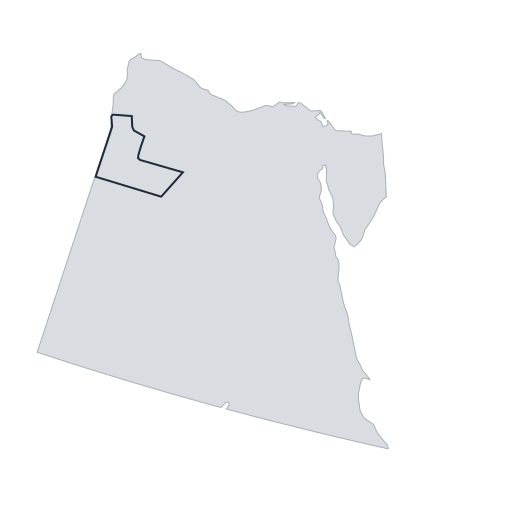 Siwa, Matruh, Egypt shown in context, rotated 18°
{"feature_id": "37247803B75450946768070", "entity_name": "Siwa", "entity_type": "district", "adm_level": 2, "iso_a3": "EGY", "parent_name": "Egypt", "parent_adm1": "Matruh", "projection": "albers", "projection_center": [25.471, 28.699], "detail": "fine", "context": "in_parent", "style": "outline", "palette": "slate", "viewbox_px": 512, "rotation_deg": 18, "n_neighbors": 0, "source": "geoboundaries", "source_scale": "gbopen_adm2", "svg_char_len": 3555}
<svg xmlns="http://www.w3.org/2000/svg" viewBox="0 0 512 512"><g transform="rotate(18 256 256)"><path d="M441.1,398.5L431.1,399.5L421.1,400.4L411.1,401.3L401.1,402.1L391.1,403.0L381.1,403.8L371.1,404.6L361.1,405.3L351.1,406.0L341.0,406.7L331.0,407.4L321.0,408.1L311.0,408.7L300.9,409.3L290.9,409.8L280.9,410.4L275.1,410.6L276.0,407.7L276.5,405.6L275.7,404.2L273.8,404.0L272.5,404.5L269.8,410.7L268.3,411.0L264.7,411.2L253.0,411.7L241.3,412.2L229.6,412.7L217.9,413.1L206.3,413.5L194.6,413.8L182.9,414.1L171.2,414.4L159.5,414.6L147.8,414.8L136.1,415.0L124.4,415.1L112.7,415.2L101.0,415.2L89.3,415.2L77.6,415.2L77.6,407.9L77.7,400.5L77.7,393.2L77.7,385.9L77.8,378.5L77.8,371.2L77.8,363.9L77.9,356.5L77.9,349.2L77.9,341.8L77.9,334.5L78.0,327.1L78.0,319.8L78.0,312.4L78.1,305.1L78.1,297.7L78.1,290.4L78.2,283.0L78.2,275.6L78.2,268.3L78.2,260.9L78.3,253.5L78.3,246.2L78.3,238.8L78.4,231.4L78.4,224.1L78.4,216.7L78.5,209.3L78.5,202.0L78.5,194.6L78.5,187.2L78.6,179.9L78.3,178.5L76.8,173.5L75.4,167.1L73.8,159.3L73.6,156.7L71.1,148.7L70.9,146.4L71.5,144.8L75.8,138.0L77.1,134.7L78.2,130.8L78.6,127.6L77.4,122.6L75.9,118.2L75.5,113.7L75.3,109.2L77.5,106.2L80.1,103.4L81.1,101.6L82.6,99.7L83.7,98.8L85.8,102.8L90.1,103.4L104.4,99.9L120.3,103.4L129.0,104.6L142.5,107.5L150.7,112.8L153.0,113.4L158.9,113.2L162.8,116.3L178.3,117.5L186.6,120.8L191.3,123.5L194.1,124.3L196.6,124.1L199.9,122.9L204.1,120.8L208.6,117.9L217.8,110.5L221.1,109.1L223.3,109.3L226.0,109.1L227.0,107.2L228.4,105.8L229.2,104.3L230.6,102.4L235.5,101.7L245.2,98.2L244.2,99.7L235.3,103.5L239.2,103.8L243.1,102.5L247.5,101.5L248.3,100.0L248.7,97.2L249.6,96.8L252.7,97.2L262.2,100.9L264.5,100.9L270.9,98.2L272.2,97.7L274.4,98.9L279.5,103.9L277.8,103.8L272.4,99.6L272.1,101.9L269.4,106.0L273.1,107.5L276.1,108.0L277.9,110.1L279.0,112.0L281.9,111.0L283.8,108.2L282.7,106.8L281.8,105.3L282.8,105.2L284.9,106.3L291.1,111.1L293.1,112.0L295.4,111.7L300.1,110.0L301.4,110.1L307.7,107.8L308.5,109.2L309.7,110.5L314.7,108.6L322.8,108.1L329.3,106.0L336.7,101.4L337.3,100.7L337.7,101.7L338.9,104.4L341.7,111.2L344.2,116.5L347.2,123.9L348.2,126.7L348.7,128.7L353.0,136.7L355.7,143.4L357.7,148.9L360.6,156.8L361.8,159.6L360.3,161.2L357.5,166.7L355.4,183.7L351.5,197.2L351.6,205.5L351.0,208.5L349.0,212.8L346.4,217.1L341.2,215.4L332.5,208.8L327.2,202.3L321.8,198.3L316.6,192.7L315.0,188.6L314.8,186.0L312.3,179.5L310.6,176.5L304.2,169.9L302.3,166.3L300.9,164.7L299.5,162.5L296.9,153.5L294.2,147.9L291.7,149.7L292.3,152.1L290.2,155.5L289.0,159.5L290.3,162.6L295.3,167.2L296.4,169.2L297.8,173.7L298.0,180.0L298.9,182.0L302.8,186.4L304.3,189.1L305.2,191.4L306.5,193.5L310.3,197.3L316.0,204.6L321.3,209.4L325.0,211.7L326.6,214.1L327.4,220.5L327.4,223.6L330.9,229.2L332.2,232.0L335.4,234.2L337.0,236.8L338.6,241.2L341.5,254.1L344.4,257.2L353.8,273.8L361.6,284.1L365.6,292.0L371.5,301.5L383.4,322.4L390.0,328.6L392.7,332.1L397.4,334.6L402.5,338.4L397.9,338.4L396.8,338.7L395.3,339.6L394.7,342.2L394.6,344.3L396.0,355.2L397.8,360.7L402.7,370.9L406.0,373.8L407.6,375.7L409.8,377.1L419.7,379.8L426.0,386.9L439.6,395.4L441.1,397.9L441.1,398.5Z" fill="#d9dde1" stroke="#a8b0b8" stroke-width="1"/><path d="M147.5,228.9L160.6,199.0L116.1,200.5L113.5,199.3L112.9,195.7L112.7,186.8L112.9,176.7L101.2,174.4L99.7,172.9L98.3,171.2L94.6,161.3L76.5,165.7L76.0,166.2L75.5,167.0L75.4,167.3L75.4,167.9L75.4,168.7L75.5,168.9L76.1,170.1L76.8,171.5L77.3,172.9L77.8,174.2L78.3,175.3L79.2,177.4L79.2,180.2L79.2,187.4L79.2,195.4L79.1,205.3L79.0,219.2L79.0,222.7L79.0,230.2L147.5,228.9Z" fill="none" stroke="#1e293b" stroke-width="2"/></g></svg>